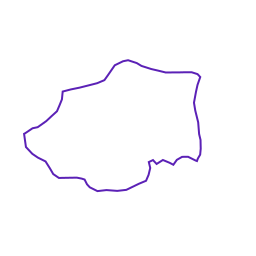 the district of Sijung, Chagang-do, North Korea, rotated 227°
{"feature_id": "82179303B78887339067777", "entity_name": "Sijung", "entity_type": "district", "adm_level": 2, "iso_a3": "PRK", "parent_name": "North Korea", "parent_adm1": "Chagang-do", "projection": "orthographic", "projection_center": [126.385, 41.005], "detail": "fine", "context": "isolated", "style": "outline", "palette": "violet", "viewbox_px": 256, "rotation_deg": 227, "n_neighbors": 0, "source": "geoboundaries", "source_scale": "gbopen_adm2", "svg_char_len": 1024}
<svg xmlns="http://www.w3.org/2000/svg" viewBox="0 0 256 256"><g transform="rotate(227 128 128)"><path d="M194.6,48.0L183.7,40.4L174.4,40.4L167.8,41.9L159.8,44.9L151.9,43.4L145.3,41.9L138.6,43.4L133.3,49.3L126.6,56.7L122.6,59.6L119.9,61.1L114.7,59.6L110.7,59.6L102.7,62.6L97.3,69.9L89.3,77.3L83.9,84.6L79.8,97.9L77.1,105.2L79.7,111.1L83.6,117.0L88.9,120.0L87.5,124.4L82.2,124.4L80.8,131.7L74.2,134.7L70.2,136.1L71.4,142.0L70.0,147.9L66.0,152.3L62.0,153.8L58.0,155.3L56.8,155.9L58.0,158.2L59.3,162.6L63.2,167.0L69.8,172.9L75.1,175.9L84.3,183.2L94.9,189.1L101.5,193.5L108.1,202.4L112.1,208.2L116.0,215.6L120.0,215.6L125.3,212.6L130.7,206.8L134.7,202.3L138.8,197.9L142.8,193.5L149.5,189.1L155.3,185.2L156.2,184.7L164.2,180.2L169.5,178.7L177.5,174.3L180.2,169.9L182.9,161.1L181.6,155.2L180.3,149.3L179.1,143.4L181.8,136.0L185.8,128.7L190.6,120.0L195.2,112.5L199.2,105.1L194.0,99.2L191.3,93.4L188.7,87.5L188.8,80.1L188.8,72.8L190.2,62.5L192.9,58.0L194.3,49.2L194.6,48.0Z" fill="none" stroke="#5b21b6" stroke-width="2"/></g></svg>